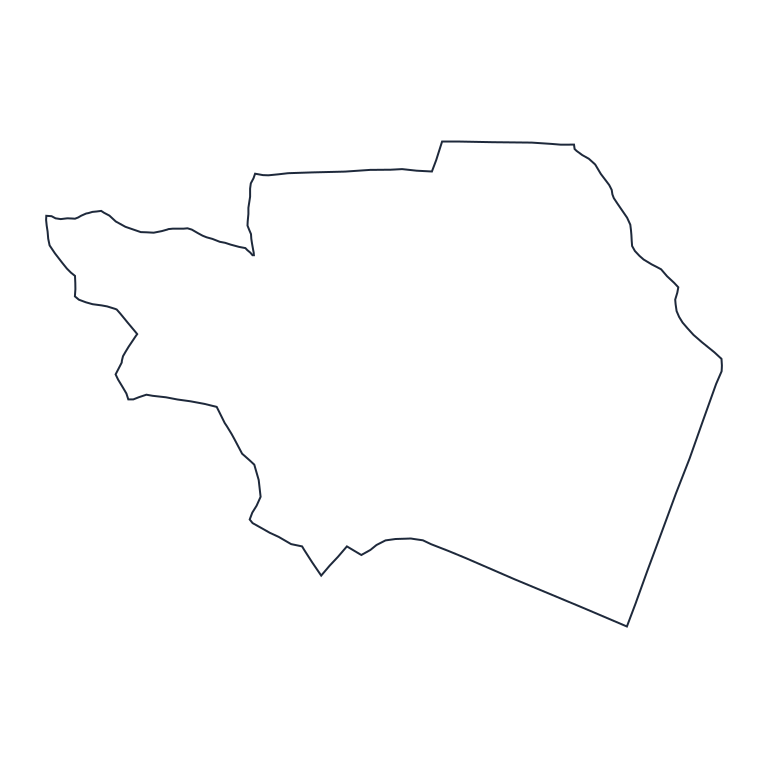 the district of Al-Kahla, Maysan, Iraq
{"feature_id": "34846034B65265349522697", "entity_name": "Al-Kahla", "entity_type": "district", "adm_level": 2, "iso_a3": "IRQ", "parent_name": "Iraq", "parent_adm1": "Maysan", "projection": "orthographic", "projection_center": [47.293, 31.762], "detail": "fine", "context": "isolated", "style": "outline", "palette": "slate", "viewbox_px": 768, "rotation_deg": 0, "n_neighbors": 0, "source": "geoboundaries", "source_scale": "gbopen_adm2", "svg_char_len": 2654}
<svg xmlns="http://www.w3.org/2000/svg" viewBox="0 0 768 768"><path d="M115.6,374.4L118.1,379.6L122.1,386.2L126.4,393.5L128.3,399.4L133.3,399.4L138.9,397.2L146.4,394.7L152.6,395.8L166.0,397.3L177.5,399.5L190.5,401.3L204.5,403.9L216.7,406.9L219.8,413.1L224.7,423.0L226.9,426.3L231.6,434.0L234.4,439.1L242.1,453.7L249.6,460.3L254.3,464.7L255.9,470.3L258.7,480.0L260.6,496.8L256.6,505.7L252.3,512.6L249.7,519.5L252.6,523.1L261.0,527.8L269.8,532.8L278.7,536.9L291.1,544.1L302.1,546.4L304.0,549.6L312.2,562.4L321.2,575.6L329.7,565.6L337.9,556.9L346.9,546.4L361.3,555.0L370.3,550.0L376.5,545.0L385.5,540.4L395.6,539.0L405.6,538.7L410.8,538.5L413.9,539.0L422.9,540.3L431.1,544.2L448.3,550.9L466.0,558.2L514.4,579.2L581.8,607.3L626.9,626.5L636.0,602.4L636.4,601.2L647.4,570.7L658.1,541.9L667.8,515.6L675.8,493.8L689.6,458.5L703.0,420.6L716.1,384.0L721.6,371.3L721.8,368.2L721.9,365.5L721.5,358.9L714.5,352.4L701.9,342.2L693.5,334.9L687.5,328.3L682.6,322.6L679.1,316.9L676.6,311.1L675.6,304.2L675.2,299.6L677.3,292.7L678.3,287.3L674.1,282.8L667.1,276.3L661.1,269.3L656.6,266.9L651.7,264.4L643.6,259.5L639.5,255.9L634.9,251.0L632.1,246.0L631.7,240.7L631.4,235.0L631.0,230.4L630.3,224.7L627.1,217.7L617.3,203.4L613.8,198.1L612.4,194.4L611.7,189.9L609.2,185.0L600.8,173.9L595.2,164.5L588.9,158.8L582.3,155.1L576.7,151.0L574.6,149.0L574.0,144.6L561.1,144.7L551.4,143.9L531.7,142.6L493.0,142.2L456.8,141.5L442.1,141.5L436.2,160.1L431.9,171.5L416.7,170.7L402.1,169.1L391.1,169.7L370.0,169.9L345.0,171.6L312.4,172.4L288.1,173.2L278.5,174.3L268.4,175.3L262.9,175.1L255.1,173.7L253.5,178.3L250.8,183.4L250.1,188.6L250.1,196.7L248.4,207.8L248.4,214.0L247.7,221.3L247.5,225.6L249.3,230.1L251.0,234.1L251.3,238.8L252.0,243.4L253.2,250.1L253.7,252.6L253.9,255.2L252.5,255.2L250.3,252.6L247.3,250.1L245.4,248.1L239.1,246.9L230.6,244.6L225.1,242.8L219.8,241.8L212.4,238.9L206.6,237.3L202.6,235.7L198.0,233.2L191.8,229.6L187.5,228.3L183.2,228.7L177.0,228.7L172.5,228.7L168.4,229.1L167.5,229.5L161.8,231.1L153.7,232.7L146.5,232.3L140.8,232.1L133.5,229.6L125.4,226.8L115.8,221.5L109.4,215.6L103.9,212.7L101.2,210.9L96.5,211.5L92.4,211.9L88.4,213.1L86.2,213.5L81.2,215.7L78.1,217.5L75.0,218.7L71.7,218.5L67.4,218.3L60.7,219.1L55.5,218.3L51.6,216.2L46.3,215.8L46.1,220.0L46.7,225.7L47.6,231.6L48.2,238.7L49.6,245.4L54.9,253.3L62.3,262.9L66.9,268.6L71.0,272.7L75.0,275.9L75.3,283.0L75.4,289.1L74.9,296.4L78.9,299.7L85.9,302.3L92.6,304.2L101.6,305.4L107.1,306.4L115.2,308.9L116.7,309.5L120.3,313.6L127.9,322.9L135.6,332.1L137.2,334.1L135.6,336.3L131.4,342.6L128.7,346.6L125.6,351.7L123.0,356.2L121.9,360.6L121.7,362.6L115.6,374.4Z" fill="none" stroke="#1e293b" stroke-width="2"/></svg>